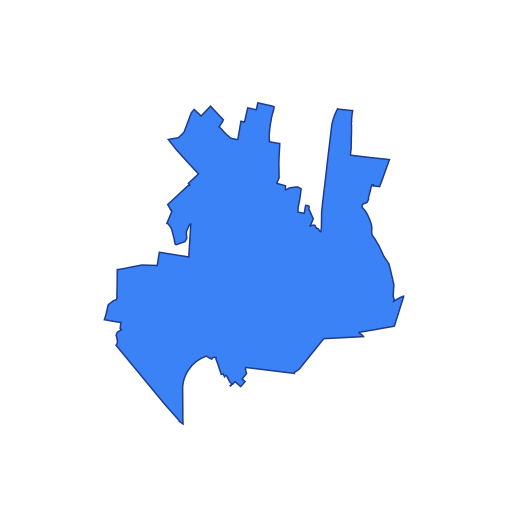 Ovidiu, Constanta, Romania (orthographic projection), rotated 135°
{"feature_id": "2599482B69987061375361", "entity_name": "Ovidiu", "entity_type": "district", "adm_level": 2, "iso_a3": "ROU", "parent_name": "Romania", "parent_adm1": "Constanta", "projection": "orthographic", "projection_center": [28.5, 44.253], "detail": "fine", "context": "isolated", "style": "filled", "palette": "blue", "viewbox_px": 512, "rotation_deg": 135, "n_neighbors": 0, "source": "geoboundaries", "source_scale": "gbopen_adm2", "svg_char_len": 5887}
<svg xmlns="http://www.w3.org/2000/svg" viewBox="0 0 512 512"><g transform="rotate(135 256 256)"><path d="M147.3,208.8L146.9,210.4L146.7,211.9L146.6,214.5L146.5,215.0L146.3,215.6L146.0,216.1L145.3,216.6L144.8,216.9L144.1,217.1L143.8,217.0L143.4,216.9L142.0,216.4L140.8,215.8L140.0,215.5L139.4,215.4L136.4,216.4L134.6,218.2L129.5,221.0L125.6,223.5L123.8,224.3L123.5,224.3L123.2,224.1L122.7,223.4L123.7,222.9L119.5,217.6L118.5,218.1L118.3,218.2L112.8,220.7L108.0,223.0L93.4,229.8L105.3,244.5L117.9,260.5L117.1,261.2L115.4,262.6L114.7,263.2L114.3,263.6L114.0,263.7L113.8,263.8L112.0,265.4L110.6,266.8L108.6,268.7L107.7,269.4L107.2,270.1L105.2,272.0L100.6,276.3L99.7,277.2L99.2,277.7L98.0,278.9L97.2,279.7L96.5,280.4L95.9,281.0L95.4,281.8L95.2,282.1L94.3,282.8L93.9,283.0L93.3,283.4L92.6,284.3L92.3,284.5L92.2,284.7L91.7,285.2L90.9,285.7L90.5,286.0L90.4,286.2L90.1,286.4L89.8,286.7L88.7,287.6L87.9,288.2L86.1,289.6L84.8,290.4L85.3,291.0L87.7,293.9L90.3,297.2L92.0,299.2L94.1,301.8L94.3,302.4L98.9,300.8L104.2,298.4L108.5,295.9L112.8,292.7L122.9,284.7L134.9,275.3L136.8,273.8L148.5,264.5L150.6,262.8L170.2,247.4L175.8,242.9L178.8,240.4L189.3,230.2L192.9,227.3L193.3,227.8L193.5,228.3L192.7,231.3L193.4,232.4L193.6,232.8L193.1,234.9L192.7,235.9L192.8,236.2L193.0,236.6L193.3,237.0L194.9,238.2L195.7,238.6L196.6,238.9L196.6,239.0L190.2,241.3L189.2,241.9L185.7,250.9L186.0,251.3L183.9,253.0L183.5,253.3L183.4,253.9L183.6,254.7L185.1,256.7L185.7,256.3L191.0,252.6L191.8,252.1L193.4,254.6L195.3,257.3L191.7,260.8L189.8,261.9L184.9,265.2L176.6,271.5L177.2,274.0L177.4,274.6L178.0,275.7L179.8,277.2L180.7,277.9L183.2,279.8L184.5,280.6L186.8,281.2L188.4,281.9L188.4,282.0L186.2,284.1L185.5,284.8L189.9,292.6L189.9,292.8L184.6,294.8L184.3,295.0L182.3,297.1L181.4,298.0L178.1,301.4L174.7,305.0L173.6,306.0L171.6,307.9L169.0,310.3L168.4,310.8L167.7,311.5L167.0,312.1L166.9,312.2L164.9,314.0L161.0,317.5L159.6,318.8L161.2,320.7L165.7,327.3L160.9,332.5L158.1,334.7L155.2,337.1L152.7,339.0L149.5,341.2L147.2,342.9L145.8,343.7L143.8,344.9L142.1,345.8L140.4,346.8L139.1,347.6L139.2,347.8L138.2,348.4L137.6,348.8L139.6,352.3L146.4,363.0L152.4,359.2L157.1,366.6L169.4,358.9L171.2,361.8L171.6,362.0L171.7,361.7L186.3,351.4L186.4,351.5L186.6,351.5L186.8,351.6L187.3,352.1L187.5,352.3L187.6,352.5L188.9,354.5L189.6,355.6L190.7,357.6L190.7,360.1L190.9,362.0L191.0,364.0L191.1,364.7L190.9,364.9L190.9,366.0L190.7,369.7L190.7,373.5L190.3,373.5L188.3,373.9L187.7,374.0L186.8,374.2L184.9,374.6L184.2,374.8L183.8,375.1L182.8,375.4L182.2,394.1L195.8,393.8L196.1,403.4L200.5,403.0L205.1,400.9L219.2,394.5L219.5,394.5L220.4,394.4L226.9,394.5L227.1,394.5L227.3,394.6L230.2,396.6L235.6,400.4L237.2,387.3L237.3,385.6L237.3,384.8L237.8,375.0L238.1,368.5L238.6,354.8L238.6,354.7L252.4,355.2L252.5,354.2L252.6,353.6L252.5,353.0L252.7,352.8L253.7,353.7L253.8,353.7L254.0,353.8L282.1,354.8L283.3,350.2L283.3,349.8L283.4,349.4L283.4,349.1L283.8,349.1L283.8,347.1L284.8,346.7L289.1,344.9L295.8,342.2L296.0,342.1L295.8,341.7L295.6,341.3L295.5,341.1L295.5,340.6L296.0,336.4L297.0,334.1L299.7,329.5L302.0,325.6L303.8,323.1L304.4,322.2L304.7,321.8L304.7,321.3L304.7,321.0L304.5,320.6L304.2,320.3L299.0,317.8L296.3,316.5L296.1,316.4L292.5,317.4L292.3,317.6L290.1,320.2L288.1,322.4L286.2,323.2L282.1,324.8L280.1,325.1L279.6,324.6L280.8,323.6L297.6,308.7L302.2,304.7L304.2,302.8L321.7,327.0L326.8,323.3L331.2,320.1L332.6,319.1L332.9,319.5L333.7,320.4L340.8,327.9L342.8,330.1L343.6,330.7L346.2,332.4L354.4,338.0L356.3,339.1L357.6,340.1L359.7,341.5L361.8,343.0L363.2,343.9L363.6,344.5L363.9,344.3L373.9,334.5L382.4,326.3L383.1,325.3L383.3,325.4L383.9,324.8L384.8,324.2L385.2,324.1L385.6,324.0L386.0,324.1L386.3,324.2L387.1,324.6L388.1,325.0L389.0,325.3L389.9,325.4L392.6,325.6L393.2,325.8L393.4,325.9L395.2,325.9L402.8,321.1L403.1,320.9L406.1,319.3L408.3,318.2L405.5,314.2L399.9,306.3L398.5,304.6L398.9,304.3L402.8,301.2L403.2,300.9L403.1,300.7L403.4,300.1L403.1,299.1L403.7,299.1L404.1,299.2L404.9,299.4L405.3,299.6L405.7,299.7L405.9,299.7L406.1,299.8L406.3,299.9L407.1,300.0L408.9,299.9L409.9,299.4L411.2,298.7L411.6,297.4L411.7,297.2L412.1,296.7L412.3,296.6L412.5,296.1L412.6,295.9L412.7,295.7L413.2,295.4L413.4,295.0L413.4,294.6L413.5,294.5L413.9,294.0L414.3,293.7L414.6,293.6L414.9,293.2L415.2,293.0L415.5,292.6L416.1,292.3L416.7,292.1L417.2,292.0L417.7,291.9L418.1,291.9L425.4,215.4L426.7,193.8L427.2,193.4L427.1,193.2L426.4,188.8L421.9,193.6L417.8,197.7L403.5,212.2L401.8,213.9L399.9,215.8L398.1,217.1L396.3,218.4L393.5,220.0L392.2,220.6L390.9,221.2L389.3,221.8L385.9,222.9L383.5,223.3L378.0,223.9L372.5,223.6L367.1,222.4L361.9,220.3L360.8,215.7L360.5,215.7L360.2,214.4L359.1,214.7L358.9,214.7L358.7,214.7L358.4,214.7L358.2,214.6L358.0,214.4L356.8,213.4L355.9,212.4L357.2,211.5L359.0,207.4L364.3,196.8L362.6,195.9L362.6,195.6L363.4,193.6L363.6,192.8L363.0,192.9L361.5,192.7L361.7,190.5L362.1,190.5L363.6,185.2L363.5,182.7L366.0,182.5L366.0,182.1L362.8,182.2L362.8,181.8L359.7,182.0L359.6,181.9L359.6,180.9L359.2,174.5L352.5,174.9L352.7,178.9L345.8,179.5L344.1,182.6L343.3,183.6L342.1,184.5L319.9,156.1L316.7,152.0L311.8,145.8L311.0,146.4L310.9,146.5L310.7,146.6L309.1,146.1L308.9,146.1L308.2,145.9L307.0,145.7L305.5,145.5L304.0,145.6L290.1,147.1L268.5,149.4L266.6,149.7L237.0,123.0L236.9,123.6L236.8,124.8L236.9,125.6L237.2,126.9L237.4,128.0L237.3,128.5L237.1,129.2L235.2,127.8L230.9,124.7L227.2,122.2L223.7,119.6L219.7,116.9L208.2,108.8L207.8,108.6L180.3,122.9L180.0,123.2L182.8,124.5L184.8,125.1L188.7,126.2L190.2,126.5L190.9,126.6L190.7,126.8L189.5,126.6L188.1,129.5L187.3,130.6L185.8,132.0L181.2,136.1L179.5,137.5L178.7,138.4L177.5,140.3L174.3,145.4L170.7,151.2L167.7,156.3L166.9,159.9L165.9,165.0L165.2,167.1L163.4,172.0L161.9,176.1L159.8,184.3L159.5,186.2L159.2,188.6L157.7,190.6L156.3,192.1L153.9,194.3L152.1,196.8L149.8,201.5L148.3,205.4L147.6,207.5L147.3,208.8Z" fill="#3b82f6" stroke="#1e3a8a" stroke-width="1.5"/></g></svg>